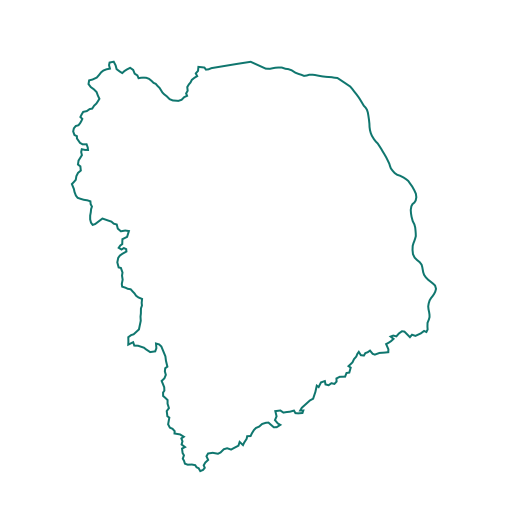 outline of Palmeirópolis, Tocantins, Brazil, rotated 354°
{"feature_id": "56859067B97486789704660", "entity_name": "Palmeirópolis", "entity_type": "district", "adm_level": 2, "iso_a3": "BRA", "parent_name": "Brazil", "parent_adm1": "Tocantins", "projection": "albers", "projection_center": [-48.365, -13.041], "detail": "fine", "context": "isolated", "style": "outline", "palette": "teal", "viewbox_px": 512, "rotation_deg": 354, "n_neighbors": 0, "source": "geoboundaries", "source_scale": "gbopen_adm2", "svg_char_len": 5365}
<svg xmlns="http://www.w3.org/2000/svg" viewBox="0 0 512 512"><g transform="rotate(354 256 256)"><path d="M119.7,330.8L124.8,328.9L125.6,332.4L129.3,332.9L135.0,335.5L136.8,337.3L140.7,340.5L145.8,340.3L147.3,337.2L147.4,332.6L150.4,333.8L152.4,336.1L155.4,346.3L155.5,350.8L156.3,356.8L154.0,358.1L153.3,361.2L153.9,364.8L152.1,368.1L149.1,370.4L150.0,373.4L151.0,376.9L150.8,380.3L149.3,382.1L149.0,385.5L150.8,387.4L153.0,390.0L152.6,393.7L153.5,398.2L151.0,400.9L151.1,406.1L152.9,407.7L151.0,414.2L152.4,417.7L154.9,419.1L156.8,421.7L156.4,424.0L161.8,425.5L165.3,428.2L162.7,429.6L163.5,432.6L162.3,435.7L165.4,438.6L162.3,439.8L162.4,444.3L163.5,446.7L162.0,449.9L163.0,452.1L163.6,455.1L166.2,456.4L170.5,456.7L173.7,457.7L174.8,459.9L176.8,461.1L178.1,464.1L181.0,463.2L182.9,461.3L182.1,458.7L184.0,456.1L187.1,453.8L185.8,450.0L187.7,447.4L192.4,447.2L197.5,448.7L200.2,447.7L203.8,444.8L207.2,444.2L211.0,445.9L214.4,444.5L218.7,442.8L220.3,439.2L223.3,442.7L224.7,440.4L227.6,436.8L228.4,434.3L231.8,434.5L233.4,431.9L235.8,428.8L238.0,427.0L241.3,426.0L244.5,423.7L248.4,422.9L251.0,423.0L253.0,425.2L255.8,428.2L258.7,428.4L262.5,426.5L260.2,424.8L257.7,421.2L259.7,417.6L259.0,412.3L264.1,412.2L266.9,414.6L269.8,414.4L273.5,414.4L277.6,413.7L278.8,416.4L281.5,416.9L285.8,417.0L286.9,414.6L283.8,414.3L285.7,411.7L288.6,409.6L291.5,407.5L294.5,405.3L297.9,403.9L299.2,401.0L300.8,397.5L302.9,391.3L304.6,392.9L307.4,388.5L311.4,387.6L311.7,391.0L314.7,392.1L317.7,390.4L320.6,391.4L323.0,389.3L323.2,386.2L326.6,384.9L332.0,385.3L333.8,381.8L336.6,381.7L338.5,376.9L336.5,375.2L340.8,371.9L342.7,368.8L345.2,366.5L346.6,363.9L348.2,362.1L349.9,365.6L352.9,366.3L354.6,364.0L357.0,363.4L359.5,362.0L361.8,365.5L363.9,366.5L368.7,365.3L373.5,365.5L377.5,365.5L377.9,362.6L376.2,357.2L378.7,356.2L381.4,354.8L384.1,352.8L381.5,350.2L384.2,349.5L387.2,350.6L390.0,348.0L393.3,346.1L395.7,346.7L400.6,352.8L402.9,350.6L406.2,352.1L411.8,350.2L415.3,348.1L417.5,349.4L419.0,347.0L419.1,344.3L419.6,340.4L421.3,337.2L422.2,334.9L422.4,332.4L422.3,330.0L422.0,327.0L422.0,324.1L422.8,321.2L424.1,318.2L425.8,316.0L427.5,314.3L429.1,312.4L430.5,310.3L431.6,307.5L431.0,304.1L429.3,302.1L427.0,299.8L424.7,297.6L422.6,294.9L421.2,292.3L420.6,289.7L420.4,287.2L420.2,284.5L419.8,282.0L418.2,279.3L415.6,276.7L413.6,274.2L412.3,270.6L412.3,266.3L412.9,262.3L413.9,259.8L415.0,257.7L416.1,255.3L417.0,253.0L417.2,250.6L417.3,247.7L417.3,244.3L416.8,241.1L415.5,237.7L414.8,233.2L414.6,229.9L414.7,226.4L415.7,222.8L417.1,220.7L419.1,219.4L420.6,217.5L421.6,214.3L421.5,210.8L420.3,207.2L418.6,203.2L416.6,199.7L415.3,197.3L413.5,195.5L411.0,193.4L407.6,191.2L404.9,190.0L402.6,188.0L400.8,185.5L399.3,183.0L398.7,180.7L398.2,178.1L397.2,175.3L395.8,171.5L394.1,167.7L392.9,165.2L391.8,162.7L390.2,159.5L388.8,156.8L387.1,154.7L385.5,152.1L383.8,148.5L383.0,145.8L382.5,142.7L382.4,139.5L382.6,136.3L382.6,132.2L382.4,127.7L382.2,124.9L381.6,122.1L380.5,119.9L378.9,117.8L377.1,113.9L375.6,110.7L374.5,108.6L372.8,105.7L370.8,102.6L369.2,99.9L367.4,97.3L365.0,95.3L363.0,93.6L360.7,91.7L358.3,89.7L355.6,87.5L352.3,86.8L350.0,86.1L347.7,85.7L344.7,85.2L340.7,84.3L336.9,83.2L333.7,82.2L331.1,81.6L327.9,81.3L325.3,81.8L322.6,81.9L320.0,80.5L317.4,79.4L314.3,77.8L310.8,75.0L307.6,73.5L304.9,72.9L301.4,71.3L298.0,70.9L294.8,70.8L292.3,71.0L289.4,71.3L285.3,70.7L271.0,62.3L262.8,62.7L256.8,63.0L231.4,64.5L228.2,65.4L225.7,65.4L224.4,63.2L221.8,62.6L218.5,61.9L217.7,65.8L215.2,68.1L216.3,71.0L213.6,72.2L210.6,74.1L209.0,76.6L207.2,78.3L205.3,80.8L205.3,84.5L203.5,87.0L204.2,89.5L201.2,90.5L198.3,92.9L195.0,93.6L189.5,92.6L186.5,91.0L183.9,87.8L181.5,85.5L180.0,83.6L179.0,81.5L177.7,78.8L175.8,76.5L174.3,74.3L172.2,73.1L170.5,71.0L168.1,68.6L165.5,67.3L163.1,66.9L160.3,66.7L157.8,66.9L156.9,64.0L154.4,62.0L153.3,58.1L150.5,55.7L147.1,57.0L144.5,58.3L142.1,60.1L139.8,58.3L136.9,55.6L136.3,51.7L134.8,47.9L130.6,48.3L129.8,50.8L130.3,54.4L126.8,54.7L123.6,55.6L121.2,57.1L118.9,59.5L116.3,61.9L111.9,63.4L108.4,63.9L107.4,67.5L109.3,70.7L112.2,73.3L114.6,76.3L115.5,79.9L116.7,83.3L115.0,85.5L113.2,87.7L110.7,89.6L108.5,92.3L105.9,92.5L102.9,94.2L99.2,94.6L97.4,97.0L95.9,99.4L97.6,101.5L96.3,103.7L94.9,105.6L93.1,107.4L90.3,107.9L88.2,110.0L87.2,113.0L88.1,116.7L90.4,118.1L90.2,120.4L91.6,122.9L92.8,125.1L95.2,126.8L99.2,127.2L100.0,130.5L100.0,133.0L96.9,132.6L93.9,131.6L93.0,134.3L93.4,137.5L91.4,140.1L89.5,142.5L88.5,146.4L90.7,148.5L90.7,152.7L87.7,154.7L85.7,157.8L84.7,161.4L82.8,163.2L80.4,165.2L81.9,170.3L82.2,173.3L83.2,177.1L84.7,179.5L87.5,180.8L90.6,182.1L94.1,183.0L97.0,184.3L97.0,187.2L98.0,189.7L96.9,192.1L96.3,195.1L95.3,198.5L94.9,202.3L95.4,205.6L96.8,208.0L99.4,207.4L107.2,202.7L110.4,204.2L112.5,205.2L115.8,206.7L117.9,209.0L120.8,210.1L121.4,214.3L124.2,217.3L128.6,217.0L132.2,217.9L129.8,223.5L124.9,225.3L124.2,230.2L122.1,231.4L120.3,233.5L122.9,235.5L125.4,234.3L127.6,235.6L127.6,238.0L123.4,239.8L120.7,241.3L118.8,243.4L117.4,247.8L118.2,253.0L120.4,253.8L121.5,258.5L120.7,261.5L120.9,265.6L119.6,269.8L119.7,272.5L122.9,273.9L125.0,275.2L127.9,276.0L129.7,278.5L131.2,280.4L132.6,283.0L134.7,284.9L138.2,286.8L137.4,290.7L137.4,293.3L136.1,296.1L135.5,301.1L134.8,304.2L134.6,308.4L131.9,316.8L126.1,321.1L123.6,321.6L120.5,323.4L120.2,327.3L119.7,330.8Z" fill="none" stroke="#0f766e" stroke-width="2"/></g></svg>